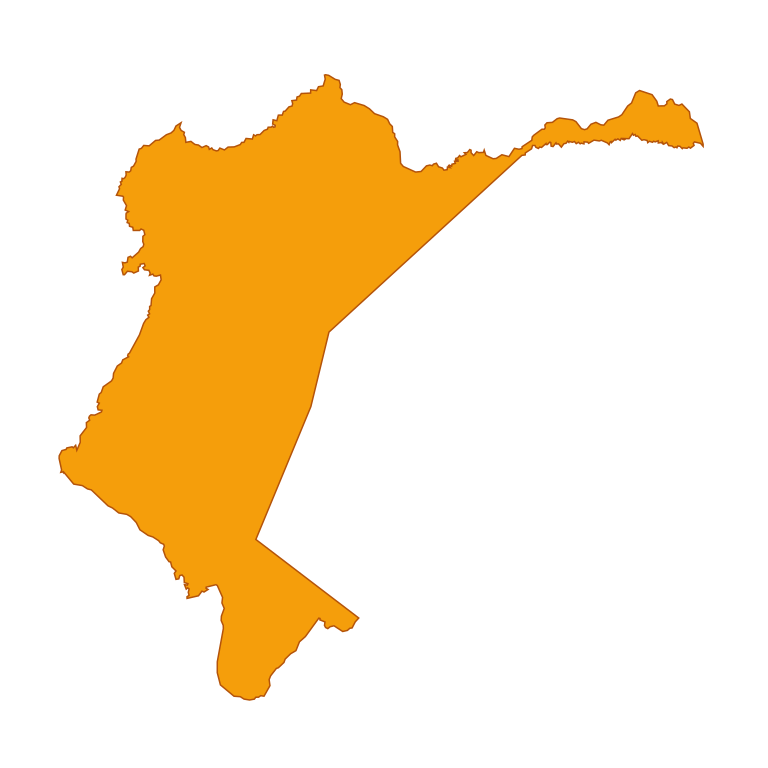 Landázuri, Santander, Colombia, rotated 178°
{"feature_id": "7082276B67983395238238", "entity_name": "Landázuri", "entity_type": "district", "adm_level": 2, "iso_a3": "COL", "parent_name": "Colombia", "parent_adm1": "Santander", "projection": "mercator", "projection_center": [-73.893, 6.365], "detail": "fine", "context": "isolated", "style": "filled", "palette": "amber", "viewbox_px": 768, "rotation_deg": 178, "n_neighbors": 0, "source": "geoboundaries", "source_scale": "gbopen_adm2", "svg_char_len": 6124}
<svg xmlns="http://www.w3.org/2000/svg" viewBox="0 0 768 768"><g transform="rotate(178 384 384)"><path d="M577.7,652.2L582.9,649.1L585.1,644.8L588.1,642.3L592.8,640.7L600.2,635.6L603.8,635.4L610.4,630.2L615.8,630.8L618.2,628.0L620.5,627.3L624.0,617.4L623.9,615.2L626.7,610.5L629.0,609.3L629.7,605.9L631.3,604.7L634.5,605.1L634.4,601.7L635.6,599.4L637.0,598.3L638.6,598.7L638.9,595.7L640.4,595.1L639.6,592.7L642.0,590.4L641.5,588.3L644.8,582.0L638.5,580.8L637.8,579.9L638.1,576.9L635.1,571.2L636.6,566.9L633.2,565.2L635.7,563.7L635.9,562.6L636.1,557.9L634.3,556.7L635.1,554.3L633.0,553.4L632.8,550.5L629.6,549.4L629.2,546.2L622.8,546.0L621.4,547.4L618.7,546.0L617.8,541.6L619.8,540.0L620.1,534.7L619.2,532.1L619.9,529.7L622.5,527.9L624.6,524.4L631.3,518.9L632.9,520.5L635.4,519.5L636.3,514.8L638.7,514.1L641.2,514.7L640.5,509.9L642.0,507.5L640.8,502.3L639.5,502.3L636.5,505.6L632.1,505.0L630.2,503.6L625.5,505.5L625.5,509.4L623.7,510.2L623.4,512.2L619.5,512.8L618.6,510.4L620.9,508.7L619.4,506.5L615.0,505.8L613.8,502.9L614.6,500.8L611.2,501.9L610.1,500.1L607.8,499.7L603.6,500.7L603.1,495.9L606.0,491.0L609.7,489.0L609.9,482.9L613.3,477.4L614.1,470.5L615.5,469.7L615.6,466.5L617.0,465.0L615.8,462.3L617.8,461.1L616.6,458.9L619.8,456.5L622.1,453.0L626.7,441.6L637.3,423.7L638.7,422.8L639.2,421.1L638.3,420.1L644.2,417.3L645.6,414.1L649.9,411.3L653.9,404.1L654.5,399.4L656.2,396.6L664.7,391.0L666.9,385.4L668.9,383.8L671.3,375.9L669.2,374.8L671.3,371.4L670.6,368.1L666.8,367.6L667.4,365.9L674.2,363.0L677.9,363.4L679.5,362.1L680.2,360.4L679.4,358.1L682.8,355.8L682.8,350.9L689.5,342.8L689.6,336.3L693.3,328.5L694.3,333.5L696.7,331.1L697.9,332.1L703.2,331.2L704.0,329.7L708.2,328.7L711.1,323.6L711.3,320.9L709.2,309.3L710.1,307.0L708.2,307.4L707.3,306.4L707.1,307.1L697.6,294.8L689.0,293.0L684.0,289.5L680.2,288.4L664.1,271.9L659.7,269.6L653.6,264.4L645.6,262.7L641.8,260.3L636.4,254.2L633.0,246.8L625.0,240.9L620.3,239.2L614.7,235.3L613.1,233.1L609.8,231.5L609.2,229.7L610.5,226.0L608.3,218.7L605.0,213.9L603.5,213.6L602.4,208.7L598.4,204.4L600.2,202.1L598.7,196.0L595.9,196.4L594.8,199.7L592.5,200.2L590.6,197.9L590.5,192.6L586.9,191.3L587.5,189.9L590.4,190.4L588.8,185.9L587.3,187.1L585.9,185.9L586.9,182.7L586.2,179.6L588.3,178.3L588.3,176.6L576.8,178.8L573.2,183.3L571.1,182.4L567.0,184.8L569.0,186.1L568.8,187.2L558.9,189.3L557.6,188.4L552.8,176.4L553.6,170.8L551.5,165.3L554.6,157.7L555.0,153.4L553.1,148.4L553.1,145.1L560.3,112.2L560.7,101.3L558.0,89.0L544.8,77.2L538.5,76.5L534.9,74.0L529.4,72.9L524.5,73.6L523.1,75.4L520.3,75.4L518.1,76.8L514.8,76.2L508.5,86.5L509.1,92.6L507.5,96.3L501.5,103.5L499.5,104.1L493.7,109.2L492.4,112.5L486.7,117.7L481.3,120.6L477.5,129.3L471.4,134.3L457.3,152.3L456.1,151.9L456.3,150.5L451.3,148.3L451.9,144.8L450.9,142.7L448.7,141.5L446.3,143.3L442.4,144.1L433.9,138.1L429.2,139.0L426.6,141.1L424.4,141.3L421.1,147.2L417.4,151.0L517.5,233.1L457.9,363.9L437.2,437.8L238.2,607.7L234.9,608.0L234.7,610.0L228.3,613.9L227.2,617.2L224.8,617.1L224.0,615.3L221.5,614.0L220.1,615.4L218.3,614.9L213.7,618.7L213.5,617.6L212.4,617.6L209.8,620.0L208.9,619.5L208.7,615.9L206.8,615.4L203.7,619.0L203.2,617.8L201.2,617.9L198.5,614.5L195.8,617.9L193.7,618.2L191.9,620.3L190.8,619.0L190.4,619.9L187.2,619.0L185.2,619.7L183.5,617.5L181.2,618.8L179.6,617.2L178.4,617.8L175.8,617.0L175.6,619.0L172.0,618.6L171.1,617.4L165.6,620.4L160.3,619.4L158.3,620.0L152.3,617.1L150.7,615.3L149.5,618.1L148.6,618.5L148.2,617.3L144.5,620.5L143.8,619.6L141.7,620.8L139.4,619.2L138.5,621.0L135.5,619.6L134.8,620.0L136.2,621.0L130.6,620.6L126.9,625.6L126.0,623.9L124.3,624.6L123.6,622.8L121.9,623.0L117.8,618.6L115.7,619.1L112.5,618.2L112.0,616.0L110.3,617.3L107.2,616.2L106.1,617.2L104.5,616.5L101.5,617.5L101.5,615.3L98.4,615.6L97.4,614.7L97.3,615.8L96.1,613.9L93.0,615.6L91.2,612.3L88.0,611.9L85.8,610.1L83.9,610.7L83.0,609.9L82.1,611.6L79.9,611.2L77.7,608.8L76.9,609.6L72.9,609.0L71.1,610.2L69.5,609.0L65.8,611.6L66.5,613.8L65.3,615.1L59.3,613.5L56.8,610.4L56.7,612.6L62.1,633.7L68.6,638.7L69.3,645.4L76.5,653.4L79.5,652.1L83.7,653.6L85.8,658.2L87.9,658.8L91.5,656.4L91.5,654.1L94.1,652.2L100.2,652.3L101.5,657.1L106.0,663.8L118.4,668.4L122.3,666.2L126.8,656.2L130.8,653.3L136.9,644.8L140.3,642.7L151.0,639.8L155.3,635.0L158.3,635.5L163.1,638.1L168.1,636.4L172.1,631.9L174.7,631.2L177.8,632.3L183.0,639.5L186.2,641.4L199.2,643.7L201.7,643.1L206.6,639.6L212.0,639.4L214.2,637.2L213.9,634.4L214.9,633.0L217.3,633.1L225.6,627.4L227.2,625.8L227.8,622.4L237.7,616.3L237.9,614.5L240.9,613.9L245.4,615.0L251.2,606.9L258.2,609.0L264.0,605.5L267.1,605.3L274.2,608.9L275.7,614.2L276.5,612.0L281.2,611.9L283.2,612.9L286.4,609.2L288.9,612.1L288.8,614.6L290.1,615.3L292.6,612.4L295.6,612.3L294.1,610.6L299.2,608.4L300.5,609.7L302.5,607.4L304.4,607.0L304.7,605.6L302.3,605.4L302.2,604.1L305.7,604.1L305.0,602.0L308.4,601.3L308.8,599.3L311.2,600.5L311.8,600.0L310.4,598.0L313.0,598.7L313.4,596.0L316.6,595.6L318.1,597.8L321.9,599.2L323.9,602.8L326.9,602.0L328.1,600.5L330.6,601.2L334.0,600.5L339.5,595.1L345.0,594.7L357.1,600.7L359.7,604.0L359.9,615.6L362.1,622.5L361.9,625.9L364.7,630.6L364.6,633.7L366.5,635.2L366.7,641.1L369.2,643.8L371.2,648.4L375.3,651.1L384.0,654.5L389.0,659.6L394.1,663.0L403.6,666.2L407.8,664.3L414.0,667.1L416.8,670.7L415.6,675.2L415.9,679.6L417.7,681.7L417.2,684.9L418.3,689.0L422.2,690.2L428.5,694.4L431.6,695.1L432.7,694.8L432.1,690.7L434.4,684.0L439.1,683.4L441.1,679.6L447.0,680.5L447.2,677.3L456.5,677.2L458.4,674.6L460.9,673.9L461.5,670.8L466.2,670.4L465.5,667.3L466.2,665.0L469.3,664.3L473.2,660.2L474.9,659.9L476.3,656.3L480.2,656.4L481.9,650.9L485.6,651.9L486.2,647.7L483.7,646.3L483.9,644.8L485.4,644.4L486.4,645.6L487.8,644.6L490.8,644.7L491.6,642.7L494.9,641.6L499.2,637.6L502.2,637.6L503.7,636.4L505.6,637.6L507.0,633.4L513.3,634.2L515.5,630.4L517.8,630.4L519.3,628.3L525.4,626.2L531.6,626.2L535.3,623.5L539.8,625.5L541.6,623.1L543.4,622.8L546.8,624.2L547.9,625.9L550.4,624.6L551.0,627.0L553.4,628.4L557.7,626.7L561.1,629.3L564.6,630.0L568.5,633.2L573.6,632.4L573.9,637.2L575.4,640.2L574.7,642.5L577.9,644.5L579.4,647.6L577.7,652.2Z" fill="#f59e0b" stroke="#b45309" stroke-width="1.5"/></g></svg>